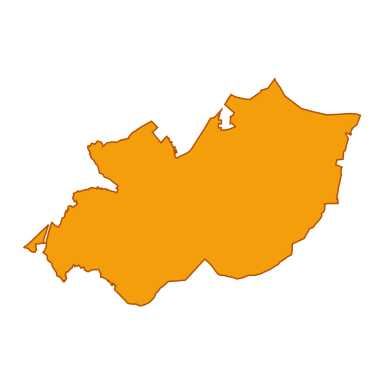 Mihaesti, Vâlcea, Romania (Albers equal-area conic projection), rotated 271°
{"feature_id": "2599482B28552559363507", "entity_name": "Mihaesti", "entity_type": "district", "adm_level": 2, "iso_a3": "ROU", "parent_name": "Romania", "parent_adm1": "Vâlcea", "projection": "albers", "projection_center": [24.236, 45.036], "detail": "fine", "context": "isolated", "style": "filled", "palette": "amber", "viewbox_px": 384, "rotation_deg": 271, "n_neighbors": 0, "source": "geoboundaries", "source_scale": "gbopen_adm2", "svg_char_len": 5936}
<svg xmlns="http://www.w3.org/2000/svg" viewBox="0 0 384 384"><g transform="rotate(271 192 192)"><path d="M271.6,359.0L272.8,355.1L273.2,348.5L272.1,335.8L271.5,325.1L274.5,311.2L276.8,301.8L277.8,299.2L289.8,283.0L297.6,278.5L304.7,273.4L306.6,272.8L297.1,266.2L294.7,259.1L292.6,258.5L291.5,256.5L285.6,248.5L285.6,244.4L286.3,242.1L286.2,241.1L287.7,234.4L288.2,233.0L290.1,229.3L287.2,227.7L287.3,227.4L286.6,227.0L280.0,223.3L277.6,226.3L274.1,230.1L271.9,233.0L268.8,230.9L268.2,229.7L267.8,230.0L267.4,229.6L267.8,229.2L260.8,229.0L261.5,230.5L258.4,234.2L258.0,234.3L255.6,228.6L255.1,226.7L254.3,222.5L254.3,220.1L256.8,220.1L256.8,217.4L260.8,217.3L260.6,220.2L264.4,220.2L264.4,217.4L268.0,217.4L268.0,217.9L270.4,218.2L270.3,218.5L271.3,218.5L271.4,217.6L274.7,220.3L275.2,220.3L274.0,219.4L267.5,213.8L266.9,212.8L266.1,209.8L265.8,209.2L265.3,208.8L255.2,203.2L234.8,190.6L233.1,189.3L231.1,186.8L225.9,176.4L225.7,175.8L226.1,175.3L228.4,174.1L229.6,174.0L231.5,176.2L232.7,175.7L231.0,173.7L232.0,173.6L233.9,175.2L234.3,175.0L232.6,173.5L234.7,173.1L236.4,174.4L236.8,174.1L235.4,173.0L237.4,172.1L240.4,170.1L241.3,171.1L242.0,170.2L241.3,169.6L244.2,167.7L244.9,168.3L245.3,167.8L244.8,167.4L247.2,165.8L245.6,164.2L240.7,160.1L248.6,153.3L250.2,152.2L250.9,151.3L255.9,156.5L262.1,150.3L256.2,140.2L253.4,136.0L252.1,134.7L251.5,133.2L250.8,132.1L249.0,130.2L246.6,128.3L244.7,127.6L244.4,127.2L244.4,126.5L244.0,124.9L242.7,122.0L243.1,121.1L243.0,120.6L242.0,118.6L240.5,116.5L240.2,115.2L240.6,114.8L240.5,114.0L240.7,113.4L240.7,111.0L240.3,110.2L239.9,106.8L239.4,105.9L236.3,102.2L236.6,102.3L237.4,101.7L238.6,101.4L240.2,100.4L241.1,97.6L241.1,96.2L239.2,95.1L238.1,94.1L238.1,93.9L238.5,93.6L238.3,92.3L239.1,91.3L239.1,91.1L237.9,90.0L236.8,89.8L235.8,88.8L236.5,88.2L236.4,87.5L235.9,87.0L234.2,87.1L232.1,87.9L229.1,89.9L227.9,88.9L226.7,90.1L225.2,90.2L224.0,91.0L223.5,91.7L221.2,93.9L219.6,94.5L218.0,95.7L216.6,97.3L214.4,98.0L213.4,98.1L212.1,98.7L210.1,98.9L209.2,99.4L208.8,101.4L207.8,102.9L207.4,103.2L206.5,103.3L205.2,104.5L204.7,106.8L203.0,110.1L200.4,113.2L198.2,116.4L196.7,118.0L195.3,116.7L194.5,116.2L193.2,118.1L190.0,116.7L190.9,114.3L191.6,110.5L192.5,108.9L192.1,107.6L192.2,107.3L193.6,106.6L193.2,105.8L193.8,103.9L193.6,103.4L193.4,102.6L193.2,102.3L193.2,101.8L194.4,101.3L193.6,100.2L193.5,99.5L195.2,98.4L195.4,97.8L195.1,97.1L193.9,97.6L193.5,96.8L193.9,95.9L194.2,93.9L194.6,93.1L194.4,91.5L194.7,91.1L194.1,90.1L193.5,89.5L193.2,88.5L192.2,87.9L192.4,87.0L192.9,86.5L192.9,86.2L192.7,85.7L191.9,84.9L191.8,82.7L190.6,80.3L190.4,79.1L190.6,78.7L191.0,78.5L191.0,77.6L190.4,77.3L189.6,76.1L188.4,73.5L186.6,74.0L185.8,73.2L185.4,73.2L185.1,73.6L183.5,72.9L180.4,74.5L180.2,74.9L180.2,76.0L180.9,76.5L179.7,76.6L179.3,77.0L178.9,76.9L178.6,77.4L178.0,76.9L177.1,76.8L176.6,76.1L176.7,75.9L175.4,74.1L174.7,73.7L175.1,72.4L175.6,71.9L175.9,71.9L176.0,71.0L175.8,69.1L175.2,68.5L174.3,68.5L173.2,68.1L172.3,68.9L171.7,68.6L171.9,68.1L170.0,67.3L170.1,67.0L170.9,67.0L171.1,66.3L170.4,66.4L169.7,66.0L169.4,66.2L169.1,65.7L168.1,65.3L166.9,65.4L165.2,65.1L164.5,64.7L163.7,62.7L158.5,61.3L154.7,59.3L155.4,57.0L156.7,54.9L158.6,53.2L159.2,52.4L159.1,52.2L149.0,49.3L144.4,48.4L142.6,47.5L138.7,47.2L138.6,44.2L143.8,45.0L148.6,46.8L151.2,47.4L156.9,49.2L136.3,28.5L135.1,26.5L133.7,25.0L133.4,25.4L133.1,28.1L132.4,29.6L131.6,30.0L129.8,32.1L129.4,32.9L129.1,34.5L129.0,35.7L129.5,36.3L130.4,36.7L131.2,37.5L137.2,36.6L137.5,39.5L138.3,43.8L138.3,47.3L135.1,47.4L130.7,45.5L129.0,44.1L126.4,47.7L125.7,48.4L123.0,48.4L121.8,48.8L120.6,49.7L119.2,52.0L118.2,53.0L115.5,53.5L109.3,57.7L107.9,58.2L106.4,58.2L105.6,58.7L105.1,60.0L105.1,61.3L100.0,65.0L100.0,65.8L101.0,65.8L101.2,66.8L101.5,67.1L103.6,68.1L104.8,67.9L105.7,66.9L106.2,67.0L106.6,67.4L107.7,66.7L108.3,67.2L109.1,67.4L109.3,67.9L109.9,68.1L110.0,69.4L111.8,71.0L113.4,71.8L113.5,73.0L115.0,74.0L116.0,73.8L117.3,75.5L115.3,76.3L115.9,77.1L115.9,78.5L116.0,79.0L117.1,79.9L117.1,80.2L113.9,82.4L114.8,84.5L115.0,85.5L114.4,85.7L112.5,85.6L111.5,87.4L111.0,87.7L110.6,89.1L110.5,89.5L110.8,90.6L112.1,92.6L112.7,95.3L112.7,98.7L112.9,99.5L112.7,100.2L110.5,101.1L108.6,102.4L107.1,101.9L106.2,102.3L105.2,102.4L105.1,103.2L105.2,103.8L103.5,107.7L101.3,109.6L102.0,110.2L100.1,111.4L99.2,112.6L98.2,112.7L97.2,113.4L97.1,113.9L97.6,114.2L98.3,114.5L99.3,114.3L98.9,115.2L98.3,115.4L97.6,116.6L97.3,117.4L96.9,117.5L96.6,117.2L96.7,116.8L94.5,116.6L93.7,116.2L93.0,116.4L82.3,127.2L80.1,129.0L79.2,131.3L79.0,132.8L79.0,134.7L78.7,135.8L79.0,137.2L79.0,137.9L77.7,140.5L77.4,142.4L77.6,144.2L78.1,145.9L80.3,150.3L81.5,152.0L85.7,155.9L86.9,156.6L89.7,157.4L93.1,160.5L95.6,162.1L96.6,163.8L99.6,167.4L100.3,167.4L101.3,169.2L102.1,169.7L102.6,175.8L103.8,187.0L125.0,205.8L123.9,207.4L119.9,211.9L110.6,219.2L109.3,221.6L109.2,225.9L108.3,228.7L107.8,232.2L106.6,236.6L106.0,238.0L105.9,239.4L106.5,240.9L107.3,244.9L108.3,246.4L108.6,247.8L109.3,249.1L109.7,250.6L109.7,255.7L110.1,257.9L110.7,258.7L111.0,261.0L116.5,272.4L120.3,277.6L120.5,278.8L121.4,279.8L124.0,281.2L124.0,282.2L124.1,282.5L125.0,283.4L126.5,285.4L127.2,286.9L128.2,287.5L128.5,288.0L129.3,289.5L131.1,292.5L135.6,293.2L141.8,293.1L147.5,304.9L157.2,310.2L157.9,311.4L158.2,312.8L158.6,313.5L160.4,314.9L161.9,315.9L164.5,318.3L167.5,320.6L169.0,321.6L170.4,322.2L172.8,321.9L174.0,323.6L176.5,325.0L181.0,325.0L182.4,324.7L182.3,326.4L182.9,327.4L182.9,335.0L183.6,336.8L183.6,337.4L182.9,337.5L183.2,338.2L183.5,338.3L187.5,337.7L187.5,336.8L200.3,338.6L203.3,339.4L210.0,340.5L211.4,341.2L211.9,340.6L218.1,340.9L219.3,341.6L221.8,335.4L222.8,335.4L225.1,336.1L226.4,336.2L226.7,336.3L227.2,341.7L227.4,342.4L232.9,342.7L235.5,343.1L236.0,344.4L248.3,347.3L253.3,344.5L253.9,345.3L251.8,349.7L253.1,350.2L253.7,349.1L258.0,351.1L258.2,350.9L261.5,354.9L262.8,356.0L271.6,359.0Z" fill="#f59e0b" stroke="#b45309" stroke-width="1.5"/></g></svg>